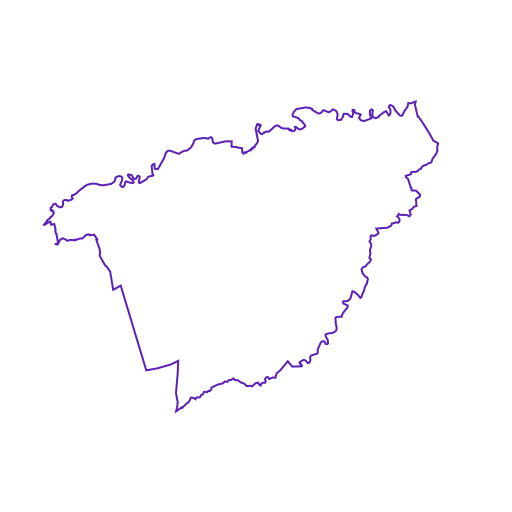 Axochiapan, Morelos, Mexico (Albers equal-area conic projection), rotated 258°
{"feature_id": "50627088B14016232741468", "entity_name": "Axochiapan", "entity_type": "district", "adm_level": 2, "iso_a3": "MEX", "parent_name": "Mexico", "parent_adm1": "Morelos", "projection": "albers", "projection_center": [-98.745, 18.524], "detail": "fine", "context": "isolated", "style": "outline", "palette": "violet", "viewbox_px": 512, "rotation_deg": 258, "n_neighbors": 0, "source": "geoboundaries", "source_scale": "gbopen_adm2", "svg_char_len": 6094}
<svg xmlns="http://www.w3.org/2000/svg" viewBox="0 0 512 512"><g transform="rotate(258 256 256)"><path d="M345.6,65.0L343.5,64.7L343.5,65.8L342.1,65.9L341.9,67.1L339.9,67.1L337.5,65.0L336.6,62.9L335.5,61.8L334.3,59.1L333.6,58.7L330.0,54.4L332.8,62.5L332.4,62.1L329.2,62.1L329.2,65.3L323.5,65.5L323.0,65.0L320.4,64.9L319.6,65.0L319.3,65.4L310.8,65.1L309.3,64.5L309.4,61.6L308.5,64.4L312.5,67.7L313.6,70.5L311.6,73.3L310.1,74.5L310.4,77.6L308.9,82.6L309.6,82.7L309.3,83.7L309.7,87.8L309.2,89.7L312.0,94.3L311.9,97.1L311.0,97.4L310.4,102.8L310.2,102.2L305.6,104.2L305.2,104.2L305.2,103.2L294.7,104.5L291.5,104.2L289.7,103.4L288.3,103.3L278.0,106.5L276.7,107.8L271.1,110.1L252.6,109.3L255.2,117.5L167.0,124.9L166.6,136.1L167.6,150.1L169.6,158.1L157.2,154.9L138.4,149.2L129.4,149.0L124.9,147.6L120.7,145.6L123.4,152.0L122.8,152.2L126.6,158.1L126.8,159.3L127.6,160.3L130.7,162.7L131.0,163.6L129.5,166.2L128.6,167.0L129.6,167.7L129.9,169.1L129.4,171.5L129.7,172.2L131.3,173.1L131.6,175.1L133.8,176.8L133.9,177.6L132.9,179.5L134.0,181.5L133.5,182.3L134.0,183.5L134.6,184.4L136.5,185.0L138.2,191.8L138.3,197.1L139.7,199.2L138.9,202.0L140.2,203.4L140.0,206.2L141.0,208.5L138.9,209.6L138.4,212.1L135.1,215.3L133.9,217.7L130.7,219.8L130.2,223.7L129.3,225.1L131.6,229.0L131.8,231.0L131.6,231.8L129.6,232.3L128.4,233.6L130.0,234.7L130.6,236.8L130.1,238.4L131.4,239.5L133.4,239.1L135.0,240.5L135.3,241.9L134.6,242.9L132.9,243.2L133.7,247.2L132.9,249.6L136.9,251.8L138.8,255.5L146.4,265.2L140.3,268.5L138.6,277.7L138.8,278.0L140.5,277.8L141.2,276.8L142.8,276.4L144.0,279.0L144.5,281.1L144.2,281.9L142.9,283.1L140.7,284.3L140.3,285.5L141.8,287.1L143.7,287.8L145.5,287.7L147.1,289.2L147.7,293.6L147.6,295.2L148.7,296.3L151.7,296.9L157.9,301.4L158.5,302.5L158.7,304.4L157.3,305.7L155.5,305.8L155.0,307.2L155.4,308.3L158.8,308.7L162.1,307.7L164.3,307.5L165.0,308.3L165.2,309.8L164.9,314.9L165.6,317.5L166.3,318.6L167.4,319.5L168.8,320.0L174.8,320.0L175.1,320.4L178.7,320.7L179.3,321.3L179.5,323.3L178.8,327.2L180.1,327.7L182.5,329.6L186.0,334.0L187.6,335.2L188.5,335.5L191.2,331.7L192.6,331.4L193.5,331.9L192.9,336.3L194.7,339.4L201.4,343.0L200.8,344.4L197.4,347.2L193.3,349.4L193.7,350.5L197.0,352.3L199.6,354.5L202.5,355.7L206.4,359.1L207.5,359.2L209.8,360.6L210.7,360.6L211.9,360.1L213.5,358.4L216.9,356.7L220.7,356.4L221.5,356.8L223.1,359.1L223.0,360.9L224.7,362.8L226.5,366.1L228.7,367.7L230.5,366.5L234.9,368.5L238.2,368.7L241.7,370.7L243.8,371.1L246.7,370.0L248.5,371.7L251.7,372.3L252.3,373.3L251.1,375.6L251.1,376.5L252.4,380.0L253.5,380.6L257.8,379.4L256.4,389.8L256.6,391.5L257.6,394.6L259.6,395.7L259.4,397.6L259.9,399.8L259.0,402.1L260.2,403.6L262.4,404.0L265.1,402.8L265.4,402.3L267.4,404.4L266.8,404.6L266.2,405.8L265.2,410.5L264.1,413.0L262.9,414.2L264.4,416.0L268.6,415.6L269.4,418.3L271.3,420.7L271.5,423.4L278.2,424.2L279.0,425.5L279.9,428.5L280.4,428.4L281.9,429.3L286.7,426.0L287.8,421.9L290.5,422.1L290.6,421.7L299.8,420.7L302.1,418.9L303.3,419.1L303.8,424.6L305.2,425.0L305.9,425.7L305.1,429.8L305.5,432.0L306.6,433.2L307.0,435.5L308.5,436.5L309.6,439.0L309.7,441.0L310.8,443.9L311.1,447.0L314.3,448.8L318.4,453.5L321.4,455.4L324.4,455.7L328.3,457.6L332.0,453.4L338.7,451.5L352.4,446.5L358.7,443.8L358.7,443.2L371.0,442.9L373.9,444.3L373.8,442.4L373.0,439.8L373.9,436.7L370.6,435.3L366.5,430.9L363.1,428.4L362.8,427.6L363.8,425.8L369.1,422.7L373.7,421.4L375.8,418.7L375.5,417.8L373.9,416.8L371.4,417.9L368.4,417.4L366.7,416.6L365.8,415.1L370.7,413.4L370.0,410.9L367.4,405.5L366.6,405.0L365.9,401.8L367.5,399.4L370.1,399.1L374.0,400.6L375.4,399.6L374.6,397.8L370.9,396.8L366.7,397.4L365.5,389.8L367.0,386.7L369.6,385.4L372.6,387.8L374.2,385.5L374.6,383.8L376.7,382.1L378.3,382.5L378.9,380.9L377.0,380.5L375.8,381.0L372.0,378.8L372.6,377.3L375.8,375.3L376.9,371.7L375.8,370.6L374.5,370.3L371.6,367.6L371.7,364.5L373.1,363.6L377.5,365.3L380.3,365.0L381.8,364.0L383.4,361.7L381.8,358.9L381.6,356.8L384.7,352.2L382.4,349.1L382.3,347.2L382.6,346.4L387.3,341.3L388.4,341.3L390.0,338.6L391.0,335.2L391.3,326.0L389.0,322.8L386.3,321.0L384.9,321.2L382.4,325.6L381.3,326.6L379.9,327.1L378.6,328.8L373.9,331.0L372.5,331.0L370.9,327.6L370.5,325.6L371.7,323.7L373.0,322.8L374.3,321.1L374.2,320.9L373.0,321.1L371.4,320.7L370.2,319.0L370.7,317.2L371.2,316.4L371.2,316.7L372.0,316.7L373.9,313.5L374.1,313.6L374.6,310.7L375.9,307.5L379.3,304.4L379.1,301.6L375.2,294.9L375.0,293.7L375.5,293.0L375.2,289.5L374.8,289.4L373.9,287.1L375.0,285.7L377.9,284.2L382.9,287.8L384.2,286.4L384.6,285.1L383.6,285.3L383.9,284.1L380.7,282.1L367.9,281.9L365.4,279.6L363.2,276.8L362.8,277.0L362.6,275.3L362.1,275.2L362.4,274.8L361.8,273.8L361.5,274.0L361.3,273.6L361.6,273.5L361.0,272.4L360.6,272.5L360.7,272.1L359.6,268.1L359.2,268.1L359.1,267.4L359.7,267.3L359.5,266.0L358.9,265.3L359.8,265.3L359.8,264.2L364.4,264.7L366.0,260.2L367.0,259.3L367.1,257.8L368.0,254.8L373.2,256.0L374.5,249.9L374.4,239.8L374.6,239.0L376.1,237.5L380.5,237.6L381.5,236.9L381.4,235.2L380.6,233.4L381.7,231.5L382.3,229.1L382.8,222.0L381.9,219.6L378.9,217.9L375.4,214.6L373.4,210.2L373.8,208.0L373.1,204.7L372.1,202.7L372.1,201.6L376.9,193.8L377.2,192.1L377.0,191.2L375.4,188.9L374.6,188.8L370.3,186.0L361.3,178.0L362.4,175.1L367.1,175.8L367.1,174.6L366.2,173.0L365.5,172.6L357.6,171.8L356.4,172.4L355.9,171.6L356.1,169.4L355.8,166.9L353.8,164.8L351.4,157.6L351.8,156.9L353.1,156.9L357.9,158.8L359.0,157.6L359.1,156.9L356.6,154.7L356.6,153.4L357.6,152.2L360.7,151.4L362.4,148.0L361.5,147.4L359.1,148.4L354.9,151.7L353.4,151.6L353.0,151.2L353.0,150.2L354.8,146.3L356.1,144.6L355.5,143.6L352.6,142.2L351.2,140.6L351.5,139.1L353.3,137.9L354.0,138.0L358.3,141.0L359.8,141.2L361.0,141.2L361.7,140.7L362.6,139.2L362.5,136.5L362.0,135.0L358.8,133.4L357.9,132.5L356.6,129.1L357.0,121.0L358.0,117.9L359.9,114.7L360.9,110.5L360.9,107.8L360.7,105.4L359.9,103.4L356.6,96.4L354.5,93.2L354.3,91.9L353.7,91.0L353.6,88.7L352.1,88.0L350.4,88.6L349.5,87.4L349.1,83.4L350.1,82.5L350.6,80.4L350.1,79.1L349.2,78.4L345.9,77.9L344.2,76.2L344.5,74.1L346.3,72.0L348.7,70.9L349.0,69.9L348.5,68.3L346.5,66.7L345.6,65.0Z" fill="none" stroke="#5b21b6" stroke-width="2"/></g></svg>